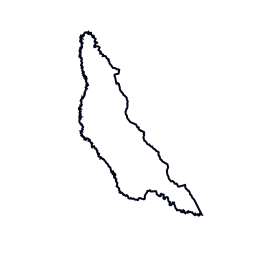 the district of Sorriso, Mato Grosso, Brazil, rotated 344°
{"feature_id": "56859067B91584289010880", "entity_name": "Sorriso", "entity_type": "district", "adm_level": 2, "iso_a3": "BRA", "parent_name": "Brazil", "parent_adm1": "Mato Grosso", "projection": "natural_earth1", "projection_center": [-55.676, -12.694], "detail": "fine", "context": "isolated", "style": "outline", "palette": "ink", "viewbox_px": 256, "rotation_deg": 344, "n_neighbors": 0, "source": "geoboundaries", "source_scale": "gbopen_adm2", "svg_char_len": 5843}
<svg xmlns="http://www.w3.org/2000/svg" viewBox="0 0 256 256"><g transform="rotate(344 128 128)"><path d="M100.9,55.1L100.3,54.6L100.1,55.0L100.7,56.1L100.8,57.0L100.1,57.2L100.0,57.6L100.7,57.9L99.8,60.3L100.2,60.8L100.0,61.8L100.8,61.7L101.0,62.1L100.3,63.0L99.8,63.1L100.5,64.0L100.4,64.5L99.7,64.8L101.0,65.8L100.6,66.5L101.1,66.8L100.3,67.3L100.4,67.6L101.1,67.4L101.7,67.7L101.9,68.7L101.8,69.1L100.4,68.9L101.1,70.5L100.4,71.3L100.4,72.1L100.7,72.7L100.6,73.4L101.2,73.9L101.4,75.8L100.6,75.9L100.5,74.9L99.7,75.2L99.7,75.8L100.4,76.2L98.5,77.4L99.3,78.9L98.1,79.3L96.8,81.4L96.1,81.7L96.1,82.9L95.2,83.5L95.5,84.2L94.1,85.8L92.6,87.1L92.3,87.0L92.2,86.2L91.2,88.0L90.5,88.0L89.9,88.9L90.5,90.0L89.7,91.8L90.0,93.1L89.0,93.9L88.3,93.4L87.9,94.9L87.1,95.0L87.7,96.5L86.2,95.9L86.0,96.3L86.6,97.4L86.4,98.6L87.0,99.0L86.1,99.7L86.3,100.5L85.6,100.5L85.8,102.0L86.2,102.5L85.9,102.9L85.0,102.5L84.7,102.9L85.2,103.7L84.4,104.0L84.5,104.5L85.4,104.8L84.0,105.2L83.9,105.5L84.6,106.2L84.1,106.4L83.1,107.8L83.0,109.6L84.1,111.0L83.7,111.6L84.8,112.4L84.6,113.5L85.2,114.5L83.9,115.9L84.1,117.0L82.7,117.7L82.9,118.7L81.4,118.2L81.5,119.0L82.1,119.2L81.2,120.0L81.9,121.0L82.0,122.1L81.3,121.9L81.0,122.2L81.2,122.8L82.0,123.2L82.1,123.9L82.8,123.9L83.3,124.7L82.9,126.5L83.6,127.5L84.1,127.8L84.6,127.0L84.0,126.9L84.8,126.3L85.5,126.9L86.4,127.0L86.9,128.0L86.7,129.1L87.8,128.6L88.1,129.4L87.8,130.2L88.4,132.3L89.2,132.4L89.4,132.9L88.7,133.2L88.5,135.0L88.0,136.1L88.2,136.5L88.8,135.8L89.7,136.4L90.4,136.3L90.5,138.4L91.8,139.2L91.7,140.6L92.3,141.6L91.7,142.4L91.7,143.1L92.3,143.8L92.0,144.7L93.0,144.9L91.8,147.1L93.9,148.7L93.9,149.2L93.3,149.7L95.0,150.1L95.4,150.7L95.2,151.7L95.5,151.3L96.3,151.9L96.5,153.2L97.3,154.1L97.3,155.4L98.7,157.3L98.8,159.7L99.4,159.9L100.1,161.3L99.8,165.8L100.0,166.2L100.4,166.1L100.6,165.4L101.6,165.6L101.2,166.8L101.5,166.6L102.0,167.4L101.8,169.0L101.4,169.1L101.6,169.5L101.4,170.5L101.8,171.3L101.1,171.4L101.0,171.8L102.1,172.6L102.0,174.2L102.5,174.3L101.7,175.8L102.6,178.0L102.1,178.5L101.7,180.6L101.1,181.0L102.5,183.0L102.8,184.1L102.2,185.5L102.9,186.7L102.2,187.7L103.3,188.4L104.1,188.3L105.4,190.5L105.1,190.7L105.3,191.1L106.2,191.3L106.2,191.7L107.3,192.3L107.4,192.7L108.3,192.3L108.6,192.6L109.1,193.8L109.1,195.6L110.4,196.4L111.4,196.1L111.9,196.9L112.7,197.3L113.7,197.2L115.0,198.8L116.6,199.2L117.4,199.9L117.7,200.0L119.0,198.6L119.9,198.5L123.5,200.9L124.2,200.9L125.1,199.7L125.1,198.7L126.0,197.2L128.6,195.0L129.3,193.9L130.4,194.3L131.9,193.9L132.6,195.4L137.4,196.4L137.6,197.1L137.4,199.7L139.3,202.2L140.5,202.5L141.3,201.2L140.7,201.3L140.9,200.9L141.7,200.4L142.6,201.6L143.3,201.5L143.9,201.9L143.3,204.3L142.6,205.1L142.7,205.6L143.5,206.4L144.3,206.1L144.9,205.1L146.4,205.1L147.1,205.7L146.8,209.5L147.2,210.6L148.0,210.8L148.1,211.1L146.9,212.6L146.8,213.4L147.0,213.7L148.1,214.0L148.9,213.7L150.6,211.9L151.6,212.3L151.7,212.7L151.1,213.2L151.5,214.4L151.7,218.5L152.4,219.4L152.4,220.5L156.0,221.6L156.0,223.5L156.6,223.8L157.6,223.7L157.8,222.8L158.5,222.3L159.1,223.2L158.4,224.2L159.7,225.8L160.6,225.1L162.0,225.8L162.3,224.8L163.1,224.6L164.0,225.8L165.0,225.9L165.8,226.8L166.5,226.8L167.2,228.7L167.9,229.7L168.8,229.1L168.9,230.2L170.7,230.0L171.8,231.7L172.4,231.6L172.4,230.6L173.0,230.1L175.0,231.5L171.8,215.0L170.7,213.0L170.2,209.9L169.5,209.0L169.5,206.2L168.9,205.0L168.2,204.7L168.0,203.6L166.8,201.9L166.8,200.0L167.2,198.5L160.5,198.4L160.0,197.8L159.6,195.3L159.2,194.8L157.7,194.5L157.0,192.3L156.2,191.3L154.9,191.3L154.6,190.9L153.3,187.9L153.5,186.0L153.0,183.6L153.7,179.5L155.7,177.0L155.9,173.8L151.6,169.3L151.7,168.5L150.5,167.1L150.5,164.6L150.2,164.1L150.5,163.7L149.8,162.2L150.7,160.3L150.7,159.5L148.9,157.9L148.4,157.1L148.3,156.2L147.0,155.1L146.1,153.3L146.1,152.7L145.7,152.7L145.0,152.1L144.0,150.6L143.9,149.9L143.4,149.9L142.2,148.8L141.2,145.6L140.2,144.7L140.2,141.3L141.7,139.1L141.4,138.4L142.1,137.3L141.6,136.2L141.9,136.0L139.9,134.2L139.5,134.3L138.9,133.2L138.3,132.8L138.0,132.2L138.5,130.6L138.2,130.1L137.2,130.0L136.7,126.9L131.8,122.9L130.1,118.3L130.0,117.1L130.4,116.2L129.7,114.0L130.1,111.6L130.7,111.1L131.6,109.4L132.3,109.1L133.1,107.9L134.1,104.9L133.9,104.5L135.1,102.2L134.7,100.1L135.1,98.6L133.4,95.5L132.8,95.2L132.6,93.1L131.7,92.0L131.6,90.9L131.1,90.1L130.8,88.6L131.3,86.6L131.2,84.2L131.0,83.9L131.4,83.3L130.5,82.0L129.2,82.2L129.1,81.8L129.6,76.0L129.4,74.2L129.5,73.6L130.4,72.9L133.1,73.2L134.0,73.0L135.6,69.6L134.7,68.9L133.9,68.8L132.0,66.8L130.1,66.1L129.0,62.8L128.0,61.0L128.3,59.2L127.7,57.8L128.3,57.3L128.3,56.6L126.7,55.0L126.5,53.3L126.0,52.5L123.7,52.0L124.3,51.3L124.2,50.5L123.3,49.9L123.0,49.0L121.8,48.8L121.8,48.3L122.7,47.6L122.8,47.1L121.1,44.9L122.9,42.8L122.8,42.4L121.5,41.1L119.8,40.7L118.8,41.2L118.0,41.0L118.0,40.1L119.2,38.6L120.2,37.9L121.8,37.6L121.7,37.1L119.8,36.0L119.7,35.5L121.4,33.5L118.9,30.6L119.0,29.9L120.5,30.8L120.6,30.5L120.3,29.8L119.2,29.4L118.1,27.5L118.3,27.1L117.4,27.3L117.2,26.8L117.9,26.2L117.0,26.0L115.9,26.7L114.0,24.5L113.4,24.3L112.4,24.8L111.2,26.1L109.9,26.2L109.7,26.7L110.6,27.3L110.3,27.5L109.0,27.4L108.2,26.4L107.8,27.0L108.3,28.5L107.3,27.6L107.0,27.7L107.5,30.9L107.1,31.2L106.4,30.5L105.9,31.3L106.2,32.3L107.6,33.2L107.8,33.9L107.3,34.3L106.9,33.7L106.7,34.1L106.2,35.4L106.3,37.4L105.6,38.1L104.8,37.5L104.4,37.6L103.9,38.5L104.4,39.3L102.9,40.0L102.7,41.7L103.5,41.3L103.4,42.3L102.8,42.3L102.6,42.8L102.6,44.6L101.5,44.6L101.6,45.6L101.3,45.8L101.8,46.1L102.4,47.4L102.5,47.7L101.8,47.6L102.5,49.0L102.2,50.1L101.4,50.7L101.9,52.7L100.7,54.0L100.9,55.1ZM101.8,169.0L102.7,168.5L103.0,168.7L102.8,169.7L102.1,169.5L101.8,169.0ZM115.4,25.9L116.6,25.5L116.5,24.6L115.9,24.8L115.9,25.5L115.4,25.9ZM100.6,66.5L99.9,65.8L99.7,66.3L100.0,66.5L100.6,66.5Z" fill="none" stroke="#020617" stroke-width="2"/></g></svg>